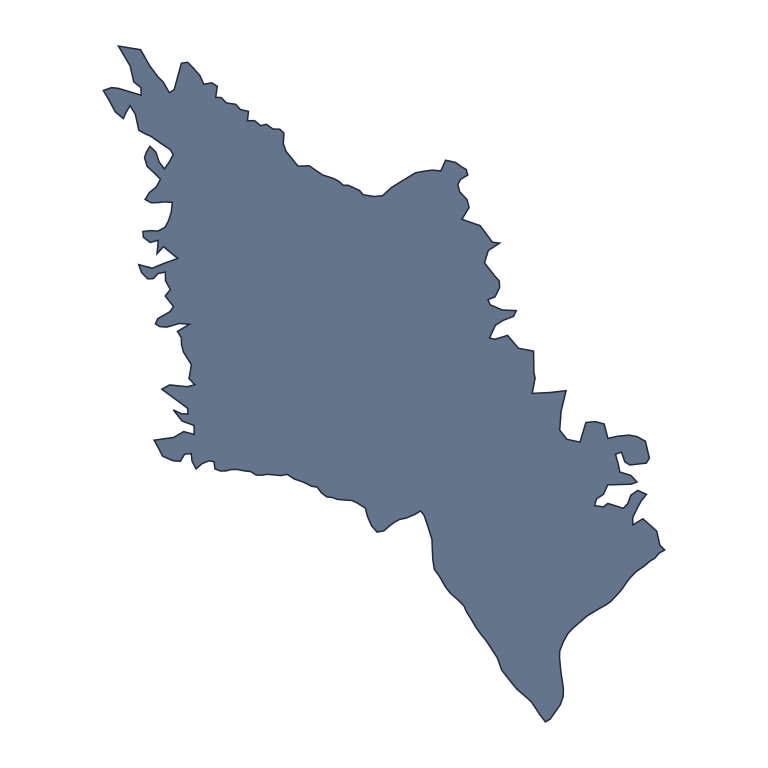 Sananduva, Rio Grande do Sul, Brazil
{"feature_id": "56859067B37086041685825", "entity_name": "Sananduva", "entity_type": "district", "adm_level": 2, "iso_a3": "BRA", "parent_name": "Brazil", "parent_adm1": "Rio Grande do Sul", "projection": "orthographic", "projection_center": [-51.812, -27.963], "detail": "fine", "context": "isolated", "style": "filled", "palette": "slate", "viewbox_px": 768, "rotation_deg": 0, "n_neighbors": 0, "source": "geoboundaries", "source_scale": "gbopen_adm2", "svg_char_len": 3949}
<svg xmlns="http://www.w3.org/2000/svg" viewBox="0 0 768 768"><path d="M445.6,160.2L440.8,170.9L432.2,170.1L423.5,171.3L415.4,172.8L398.1,183.4L391.6,187.4L382.5,195.7L374.1,196.5L363.0,194.7L359.7,190.6L348.4,185.3L343.2,185.3L339.0,181.4L333.9,178.6L322.5,174.9L309.2,165.8L298.0,166.1L286.1,151.4L283.3,143.7L283.9,133.1L279.8,129.2L273.0,129.0L266.3,124.3L260.7,125.7L254.5,120.6L247.4,120.8L248.5,111.4L240.4,109.5L235.7,104.3L226.3,102.9L221.4,97.6L215.7,97.3L217.3,86.3L211.9,82.8L203.8,84.2L199.8,75.4L193.0,67.7L187.7,62.3L181.4,63.2L174.1,89.8L169.3,92.6L163.3,82.1L158.1,77.0L149.8,65.9L140.6,49.7L118.4,46.1L130.1,65.9L133.8,81.9L140.9,87.6L141.2,95.2L118.2,88.3L111.5,87.6L103.3,90.5L109.0,100.1L115.2,111.8L123.3,118.6L126.0,112.5L130.1,105.7L135.3,114.3L137.2,122.7L138.8,130.3L145.7,134.1L150.9,136.3L156.9,140.6L161.0,143.5L165.8,146.6L170.4,149.7L173.1,154.6L169.3,161.9L164.4,168.9L159.1,161.9L155.9,152.1L149.9,146.3L146.4,152.1L144.5,157.6L147.1,166.4L154.5,173.2L160.4,179.2L156.3,187.0L149.4,192.5L145.1,199.5L151.3,202.8L158.0,202.6L164.4,201.9L172.3,202.4L171.3,212.0L168.6,220.5L165.1,227.2L158.0,231.1L150.8,230.6L142.9,231.5L143.4,237.3L150.2,242.5L158.3,240.3L157.0,253.8L163.4,246.7L177.7,258.4L163.4,263.6L152.1,268.2L138.7,264.6L141.6,272.7L147.8,278.9L153.5,278.6L157.8,273.6L165.3,272.1L165.5,280.7L170.3,289.6L165.2,296.0L173.5,306.6L170.0,311.6L157.8,318.6L155.4,323.8L159.7,326.6L166.8,327.1L179.2,323.5L189.5,324.3L177.4,331.4L181.4,337.8L181.4,344.2L183.5,352.2L191.4,364.7L189.0,378.7L194.9,384.8L187.1,386.7L169.6,384.9L161.8,389.2L187.7,408.4L187.9,414.0L181.5,413.8L173.4,409.9L182.0,421.0L194.1,425.5L194.1,434.4L183.6,431.6L173.7,437.4L154.1,440.2L158.3,447.8L162.6,456.1L168.6,458.9L173.6,460.9L180.4,461.2L184.6,454.2L191.2,453.6L192.0,461.0L196.0,468.9L202.0,463.7L208.9,460.8L214.1,461.8L214.9,468.9L220.6,471.0L226.0,470.9L231.3,469.5L237.5,469.5L244.4,470.9L250.8,471.6L256.1,475.0L261.8,475.2L267.1,474.3L274.3,474.9L280.7,475.6L287.2,474.4L294.5,479.1L301.5,481.4L306.9,483.8L311.5,486.3L317.1,487.1L321.5,492.9L326.9,497.0L332.3,497.5L337.4,499.4L344.6,500.0L352.0,500.5L357.3,503.0L365.4,508.2L367.5,516.5L371.6,525.9L377.1,532.1L384.0,530.8L389.5,525.9L394.5,522.2L399.4,519.5L406.1,518.1L415.0,514.4L420.5,510.9L424.0,515.2L426.9,523.4L432.0,539.6L432.3,549.5L432.9,560.4L434.4,569.6L439.6,576.6L445.3,586.7L450.3,593.2L457.9,599.8L464.0,606.0L466.5,611.9L470.3,617.8L476.0,627.4L481.0,634.4L485.6,640.0L490.7,647.6L497.4,658.0L501.7,670.1L505.3,674.7L512.3,683.7L516.9,689.2L523.3,694.6L531.2,701.7L534.9,707.2L539.5,714.2L545.4,721.9L550.2,719.1L553.2,714.8L560.3,704.7L563.2,696.5L563.4,688.8L562.4,681.5L561.1,673.2L560.2,664.7L559.5,656.7L559.8,650.7L563.6,641.2L568.1,633.3L572.7,628.4L577.9,623.9L586.9,616.1L592.7,612.5L599.4,608.5L605.8,605.0L610.7,601.5L615.0,597.0L618.8,593.0L622.3,588.7L625.6,583.8L629.3,578.7L635.8,571.9L644.2,566.1L649.9,561.2L654.9,558.1L659.3,553.0L664.7,550.0L659.8,545.0L656.7,531.0L642.9,518.8L632.9,524.9L632.7,517.6L638.3,506.2L641.4,500.7L646.5,494.3L637.8,490.4L630.8,495.2L627.8,503.6L623.3,508.3L607.8,503.4L603.3,506.9L594.6,505.6L596.5,498.9L603.5,494.3L607.7,484.9L631.3,484.2L637.0,482.0L630.8,475.4L619.8,472.0L618.4,464.8L615.5,454.3L621.4,452.1L624.9,461.9L629.8,465.0L646.3,463.1L649.4,458.2L645.4,441.2L637.0,436.6L629.3,435.1L617.7,436.2L607.9,438.4L604.2,424.0L595.5,421.6L585.9,422.5L580.0,442.1L566.9,439.3L559.7,430.1L561.1,411.1L566.1,390.7L550.0,392.5L532.2,393.4L535.1,378.1L533.9,372.3L533.6,351.2L518.4,348.2L507.6,335.4L494.7,339.3L489.5,337.9L495.5,325.2L503.1,320.4L513.6,316.3L516.3,310.6L502.3,310.0L490.2,304.8L488.0,299.6L495.0,296.9L499.6,287.6L499.3,281.0L494.5,275.7L484.5,262.9L488.3,250.5L499.7,243.1L492.4,242.2L480.2,225.7L461.9,219.3L469.1,207.4L467.0,199.6L459.7,191.8L457.8,184.4L460.8,179.2L467.8,175.0L466.2,169.4L461.6,166.9L455.6,162.4L445.6,160.2Z" fill="#64748b" stroke="#1e293b" stroke-width="1.5"/></svg>